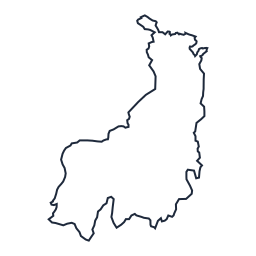 outline of Peristerona Pafou, Paphos, Cyprus
{"feature_id": "46923920B18196113028604", "entity_name": "Peristerona Pafou", "entity_type": "district", "adm_level": 2, "iso_a3": "CYP", "parent_name": "Cyprus", "parent_adm1": "Paphos", "projection": "natural_earth1", "projection_center": [32.486, 34.995], "detail": "fine", "context": "isolated", "style": "outline", "palette": "slate", "viewbox_px": 256, "rotation_deg": 0, "n_neighbors": 0, "source": "geoboundaries", "source_scale": "gbopen_adm2", "svg_char_len": 3126}
<svg xmlns="http://www.w3.org/2000/svg" viewBox="0 0 256 256"><path d="M137.2,20.8L137.9,23.2L140.2,24.7L143.3,26.8L144.7,29.1L148.0,29.4L150.1,29.9L154.7,32.3L151.5,35.2L152.7,37.5L153.6,41.7L151.9,42.0L148.7,43.4L149.2,46.4L148.5,48.6L146.7,49.7L146.8,52.2L147.9,54.5L148.7,57.3L152.1,60.1L149.2,65.3L153.6,71.5L155.6,76.3L155.2,89.0L145.9,94.8L138.4,101.8L128.4,112.4L128.8,114.2L129.7,116.7L129.0,118.9L127.2,120.2L127.6,123.3L128.5,124.7L128.5,126.9L127.1,127.2L125.4,127.7L123.6,126.4L121.4,126.1L118.5,126.4L113.6,129.4L109.7,130.9L108.5,133.8L108.3,137.5L107.9,139.3L106.4,139.4L103.4,140.5L101.7,141.7L97.5,141.4L92.4,140.7L87.3,140.4L83.8,140.4L79.7,140.4L77.2,142.5L71.7,143.4L70.5,145.5L65.9,148.0L64.1,150.6L62.6,153.7L61.1,159.6L62.6,164.4L64.6,168.0L65.7,173.4L65.1,177.0L63.2,181.5L61.3,183.9L58.6,186.9L57.1,189.7L56.2,193.7L54.7,198.4L52.8,200.9L52.9,201.5L50.7,202.7L51.5,204.6L53.9,205.1L56.7,204.0L56.6,207.1L55.8,209.4L54.2,211.8L53.0,213.3L53.3,215.8L48.7,219.3L52.0,222.5L55.5,223.0L63.3,225.3L67.2,223.7L71.7,222.8L74.6,224.0L76.4,228.3L79.5,232.1L80.9,236.0L85.7,239.5L87.6,240.2L88.8,240.6L89.1,240.1L91.3,236.8L93.7,233.3L92.4,229.5L94.3,225.4L95.2,220.6L97.1,217.3L98.0,211.5L100.6,209.4L103.3,205.3L106.5,203.3L107.8,198.0L111.2,196.8L113.7,199.1L112.7,207.2L112.1,213.2L111.4,217.0L113.6,222.9L116.6,227.7L121.2,224.7L124.1,222.1L125.9,219.1L129.1,219.1L131.4,215.5L134.8,213.9L136.4,215.4L141.5,216.9L143.9,217.8L148.8,218.5L150.4,220.3L150.5,224.8L151.1,226.3L154.1,227.2L155.1,228.3L157.9,220.9L160.9,218.2L161.9,221.4L164.7,220.7L166.7,219.1L168.3,215.5L172.1,216.8L173.6,215.4L174.2,213.5L174.5,212.8L176.1,209.3L175.9,204.3L177.3,202.0L179.0,199.1L186.1,198.9L191.7,193.8L192.1,190.5L190.0,185.7L186.5,179.3L186.4,176.9L186.4,171.9L187.8,169.7L194.0,170.6L196.2,178.3L199.0,177.6L199.5,171.4L200.4,167.3L202.0,165.4L197.1,160.8L199.9,157.7L199.2,152.5L197.8,151.4L197.6,148.7L198.8,146.5L198.1,143.2L197.8,141.6L195.5,140.7L195.5,138.1L195.5,136.2L193.8,132.8L195.2,131.4L196.5,122.9L201.0,119.3L204.4,116.1L204.4,111.4L204.1,106.7L200.6,103.4L201.6,99.2L203.0,96.0L203.2,92.2L203.6,89.0L203.7,79.4L204.0,73.6L200.1,68.9L199.3,64.1L201.3,60.5L201.7,58.1L200.4,56.7L200.2,56.2L201.1,55.9L202.0,55.5L202.5,55.0L203.0,54.5L203.1,54.0L203.9,53.4L206.7,51.2L206.5,50.8L206.6,50.1L206.9,48.9L207.3,48.1L206.5,47.9L204.4,48.1L202.8,48.5L202.1,48.0L200.3,48.4L199.0,49.1L198.4,51.0L197.3,52.3L196.8,54.3L195.1,56.1L194.8,55.2L193.6,54.1L192.8,52.3L189.7,48.9L189.6,47.5L190.0,46.5L191.7,46.7L192.7,46.3L193.3,45.6L195.0,44.5L196.2,43.4L196.4,42.6L196.6,41.4L196.3,40.8L195.0,39.8L194.6,37.8L195.6,36.6L191.7,35.2L190.1,34.8L188.6,34.3L185.5,32.9L185.7,33.7L184.7,34.2L183.7,34.8L183.0,34.6L181.6,34.3L179.6,33.7L179.0,34.3L177.4,32.7L175.8,33.0L175.2,34.0L172.1,34.5L170.8,35.4L170.4,34.4L169.5,33.8L169.8,33.0L169.8,31.9L169.2,31.6L167.7,31.5L165.2,34.3L162.5,32.2L159.0,32.2L158.4,30.3L157.4,28.4L155.6,25.5L156.0,24.1L156.7,22.3L155.7,21.2L152.6,20.5L149.3,18.4L147.6,17.0L146.2,16.2L144.8,15.4L140.8,17.2L141.3,18.1L138.1,19.6L137.2,20.8Z" fill="none" stroke="#1e293b" stroke-width="2"/></svg>